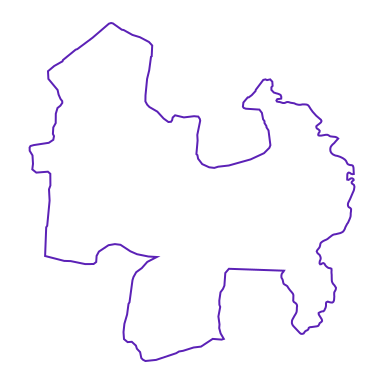 Agua Blanca, Jutiapa, Guatemala (orthographic projection)
{"feature_id": "79465075B57715659618061", "entity_name": "Agua Blanca", "entity_type": "district", "adm_level": 2, "iso_a3": "GTM", "parent_name": "Guatemala", "parent_adm1": "Jutiapa", "projection": "orthographic", "projection_center": [-89.553, 14.461], "detail": "fine", "context": "isolated", "style": "outline", "palette": "violet", "viewbox_px": 384, "rotation_deg": 0, "n_neighbors": 0, "source": "geoboundaries", "source_scale": "gbopen_adm2", "svg_char_len": 5732}
<svg xmlns="http://www.w3.org/2000/svg" viewBox="0 0 384 384"><path d="M273.8,92.5L271.4,89.9L271.4,87.3L272.6,85.9L272.3,81.7L270.2,79.4L267.0,80.1L265.5,79.4L263.3,79.9L255.8,89.8L255.5,91.1L251.7,95.2L248.7,97.4L247.7,97.4L243.4,102.5L242.9,106.7L243.7,107.9L245.8,108.7L259.4,109.6L261.9,112.9L263.1,119.3L264.5,121.2L264.5,123.0L266.4,126.1L266.5,127.4L268.5,130.4L270.4,145.2L269.4,147.8L264.0,153.2L250.6,159.4L228.8,165.5L218.2,166.7L214.3,167.9L209.2,167.3L202.2,164.1L198.1,158.7L197.4,155.1L196.4,154.1L197.6,140.5L197.3,134.9L200.2,120.7L199.8,118.9L198.3,116.6L194.1,116.2L183.9,117.4L175.1,115.3L172.7,117.5L172.1,120.2L171.0,121.8L168.4,122.0L163.6,118.5L157.3,111.6L149.4,107.0L147.2,104.7L145.4,101.4L145.5,95.3L147.1,78.9L149.2,70.3L151.0,56.8L151.7,56.3L152.2,45.5L149.0,42.0L139.9,37.2L132.4,34.9L123.6,30.0L121.8,29.7L112.9,23.4L111.1,23.0L108.9,23.7L92.6,37.7L77.3,49.1L75.6,49.7L63.0,60.0L62.5,61.3L54.2,66.0L48.0,71.2L48.4,78.9L57.6,90.0L58.6,94.6L60.5,98.9L62.2,101.1L62.3,102.9L60.4,105.7L57.5,108.0L55.8,113.7L55.7,123.1L53.3,127.4L52.9,133.9L54.0,136.1L53.3,139.8L48.8,142.8L33.7,145.1L30.5,146.0L29.6,147.5L29.7,150.8L32.5,155.4L33.0,163.8L32.3,169.4L36.3,172.6L47.9,171.7L50.3,173.8L50.4,185.5L49.0,189.3L49.6,200.6L47.2,225.8L46.2,227.3L45.1,256.0L64.2,260.9L70.7,261.1L85.3,264.1L93.6,264.0L96.2,262.0L96.6,255.9L98.9,251.6L108.5,245.2L114.9,244.1L120.5,244.8L130.4,251.3L137.0,254.2L148.4,256.5L156.8,257.0L147.3,261.9L141.8,268.1L136.2,272.2L133.5,277.0L132.5,280.1L129.5,302.3L128.5,303.9L127.1,314.5L124.4,323.8L123.5,332.1L124.0,339.1L127.6,342.1L131.8,341.8L135.9,345.6L136.9,348.7L140.1,352.1L141.3,358.0L142.9,359.7L145.4,361.0L156.1,359.9L176.2,353.2L179.0,351.5L183.1,350.8L193.6,347.5L201.0,346.6L212.7,338.9L221.6,339.6L223.8,338.9L220.6,333.4L219.2,328.1L219.5,324.4L218.4,316.5L220.2,306.9L219.4,304.8L219.3,300.6L220.5,292.3L223.0,288.9L224.4,285.6L225.3,273.0L228.9,268.8L284.0,270.7L283.3,271.9L282.5,272.7L281.7,274.0L281.4,275.5L281.4,276.8L281.5,277.7L282.2,278.9L282.6,279.7L283.0,281.3L283.2,282.4L283.6,283.7L284.4,284.4L286.0,285.3L287.3,286.2L287.9,287.2L288.6,288.3L290.0,290.2L291.9,292.4L292.9,293.7L293.4,295.1L293.3,299.1L293.2,300.7L293.8,301.9L295.0,302.7L295.8,303.3L296.7,304.4L297.0,305.3L297.1,306.2L296.9,307.2L296.8,310.1L296.6,311.8L296.2,312.9L295.5,314.2L294.5,315.8L292.9,318.7L292.4,319.6L292.0,320.7L291.9,322.3L291.9,323.2L292.2,324.1L292.6,325.0L293.3,326.0L299.4,332.5L300.2,333.3L301.2,333.9L302.2,333.9L303.6,333.5L304.5,332.2L305.1,331.4L306.1,330.7L306.9,330.4L307.9,329.8L308.4,329.1L308.8,327.8L310.2,327.1L311.2,327.1L317.0,326.3L318.3,325.8L319.0,324.7L319.7,323.1L320.6,322.5L321.6,321.7L322.1,320.9L321.8,319.4L318.9,314.7L318.6,313.8L318.7,312.9L320.0,312.2L320.8,311.8L322.4,311.3L323.3,311.3L324.3,310.5L324.8,309.3L325.6,307.7L326.0,305.9L326.0,304.7L326.0,303.1L326.4,302.2L327.8,301.6L329.2,302.1L330.4,302.4L331.3,302.5L332.4,302.5L333.3,301.9L333.9,300.6L334.1,299.5L334.3,296.5L334.2,295.0L334.2,294.0L334.2,292.8L334.5,291.8L335.0,291.0L335.5,290.1L335.8,289.2L336.0,287.8L334.5,285.4L332.9,283.6L332.0,281.7L331.8,280.5L331.7,276.4L331.7,274.9L331.5,272.9L331.5,272.0L331.5,271.2L331.6,270.2L331.4,268.7L330.2,268.2L329.2,268.1L328.2,267.8L326.9,266.9L325.9,266.0L325.2,265.1L324.5,263.8L323.5,263.1L322.3,263.3L321.4,264.1L320.2,264.3L319.6,263.5L319.6,262.4L319.8,261.1L320.3,260.0L320.7,258.8L320.6,257.4L320.2,256.2L319.5,254.8L318.6,254.1L317.5,253.1L316.7,251.4L317.1,250.4L319.5,247.4L320.1,245.6L320.3,244.1L320.8,242.9L321.8,242.0L323.3,241.0L325.0,240.2L326.2,239.7L327.3,239.1L328.0,238.6L328.9,237.8L330.5,236.6L331.5,235.8L332.5,235.1L333.3,234.7L334.3,234.4L335.7,234.2L337.3,233.8L340.2,233.1L341.6,232.5L342.7,231.9L343.5,231.1L344.4,229.7L344.9,228.7L345.2,227.7L345.6,226.8L346.3,225.5L347.1,223.9L347.7,223.2L348.2,222.3L349.5,219.4L349.9,218.4L350.5,216.7L350.7,215.0L350.7,213.2L351.0,211.2L351.1,209.1L350.3,208.0L349.4,207.5L348.7,207.1L348.0,205.8L347.9,204.5L348.0,203.6L348.3,202.6L348.8,201.6L350.1,199.0L352.7,192.9L353.6,190.9L354.0,189.7L354.2,188.3L354.4,187.3L354.4,186.4L353.9,184.9L352.8,184.1L352.1,183.6L351.6,182.8L351.9,181.7L352.5,181.2L353.7,180.0L353.4,179.1L352.4,178.4L351.1,178.3L350.3,178.7L349.7,179.2L348.5,179.9L347.2,179.6L347.2,178.6L347.3,175.0L347.4,174.0L347.9,173.1L348.6,172.6L349.8,172.8L350.9,173.7L352.3,174.2L353.8,174.0L353.5,167.9L353.3,166.9L352.8,165.7L351.8,165.2L350.6,165.1L349.5,164.9L348.2,164.4L347.4,163.7L346.5,161.9L346.1,161.0L345.0,159.7L343.9,158.9L342.7,158.1L341.3,157.4L340.0,156.8L339.1,156.5L337.3,155.9L335.6,155.6L334.8,155.3L333.1,154.5L331.8,153.4L331.2,152.7L330.5,151.3L330.3,149.9L330.3,149.1L330.4,148.0L330.8,146.8L331.6,145.6L332.7,144.4L334.2,143.1L335.8,141.2L338.2,138.6L337.3,137.8L336.4,137.3L335.2,136.9L334.2,136.8L333.1,136.7L331.5,136.5L330.6,136.4L329.7,136.1L328.6,135.3L327.4,134.8L325.8,134.8L321.2,135.6L319.2,135.6L318.4,135.3L318.2,134.5L318.6,133.2L319.5,132.1L319.7,130.8L319.0,129.9L318.1,129.2L316.9,128.5L316.4,127.6L316.3,126.3L317.2,125.4L318.1,124.7L319.3,123.8L320.6,122.7L321.1,122.1L321.5,121.0L320.9,119.7L319.9,118.9L318.4,117.6L317.7,117.0L316.9,116.3L316.2,115.7L312.7,111.8L310.6,108.9L309.3,106.8L308.7,105.9L307.6,104.9L306.1,104.5L304.3,104.4L303.4,104.4L302.4,104.4L301.0,104.7L300.0,104.8L299.1,104.8L298.2,104.7L296.9,104.4L296.1,104.2L295.3,103.8L294.2,103.3L291.6,102.9L290.5,102.7L288.6,102.1L287.1,102.0L286.2,102.3L285.1,102.8L284.3,103.0L282.9,103.0L281.9,102.7L281.0,102.4L279.4,101.9L278.5,101.9L276.9,101.5L276.4,100.5L277.2,99.2L278.0,99.0L279.5,98.9L281.2,98.6L281.3,97.3L281.2,96.4L280.5,94.9L279.1,94.2L277.8,93.7L276.2,93.3L273.8,92.5Z" fill="none" stroke="#5b21b6" stroke-width="2"/></svg>